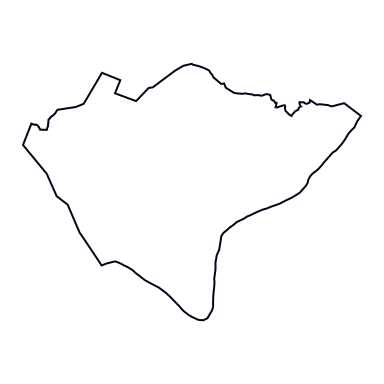 Ihiala, Anambra, Nigeria (Albers equal-area conic projection)
{"feature_id": "59680162B44242102017414", "entity_name": "Ihiala", "entity_type": "district", "adm_level": 2, "iso_a3": "NGA", "parent_name": "Nigeria", "parent_adm1": "Anambra", "projection": "albers", "projection_center": [6.885, 5.839], "detail": "fine", "context": "isolated", "style": "outline", "palette": "ink", "viewbox_px": 384, "rotation_deg": 0, "n_neighbors": 0, "source": "geoboundaries", "source_scale": "gbopen_adm2", "svg_char_len": 2837}
<svg xmlns="http://www.w3.org/2000/svg" viewBox="0 0 384 384"><path d="M191.8,63.8L183.3,65.8L175.0,70.7L168.6,75.5L152.7,87.4L148.7,87.9L136.1,101.1L115.0,93.3L120.3,80.2L102.0,72.8L83.7,103.8L75.8,107.0L57.4,109.8L54.9,113.7L52.4,115.9L51.5,116.6L50.8,116.8L49.8,118.5L48.6,119.4L48.3,121.4L48.4,122.2L48.4,123.2L48.1,123.9L48.0,126.2L47.3,127.7L46.8,129.8L44.5,129.8L40.1,129.6L39.7,128.5L39.0,127.8L39.0,127.2L37.9,125.9L37.2,125.0L36.6,124.9L35.6,124.6L34.4,124.8L33.6,124.4L33.2,124.4L31.4,123.6L23.0,145.0L46.7,173.7L56.7,196.2L67.7,204.7L79.6,232.6L83.9,238.8L101.7,265.5L106.5,263.5L115.0,261.4L117.7,262.2L121.1,263.8L124.6,265.7L127.3,266.9L131.1,269.2L133.4,270.8L135.3,272.8L139.5,275.9L144.4,279.8L147.1,281.4L152.1,284.1L155.0,285.6L159.0,287.7L163.2,290.8L166.2,293.1L167.2,294.1L169.3,295.9L172.7,299.4L175.7,302.5L176.4,303.2L179.5,306.4L181.4,308.8L183.3,310.7L185.6,312.7L186.2,313.1L188.7,315.0L189.2,315.3L192.1,317.0L194.8,318.2L197.9,319.7L200.6,320.1L203.6,320.2L203.9,320.0L207.5,318.2L208.0,317.3L209.9,314.0L212.2,310.1L213.1,306.7L213.1,301.6L213.2,297.3L213.6,291.9L214.1,288.1L214.5,282.2L214.2,278.7L215.0,273.3L215.5,269.1L215.5,262.1L215.8,260.9L216.0,259.6L216.8,255.1L218.5,251.3L219.2,249.7L220.0,244.7L220.8,239.6L221.3,236.1L223.3,233.1L223.6,232.7L224.2,232.3L227.5,229.6L229.5,227.7L233.3,225.0L236.9,221.9L240.5,220.3L241.1,220.0L244.2,218.5L246.9,216.6L250.8,215.0L251.6,214.6L251.9,214.5L255.9,212.5L262.4,209.7L266.7,208.5L271.3,206.6L275.6,205.1L279.8,203.6L282.6,202.1L287.2,199.8L290.7,198.2L293.1,196.9L293.4,196.7L295.9,195.2L296.5,194.8L300.0,192.5L302.0,190.2L303.1,188.9L304.6,187.3L305.5,186.3L307.5,183.2L308.3,179.8L309.7,177.2L310.2,176.3L312.6,173.6L312.8,173.4L313.0,173.2L315.7,171.3L318.8,168.6L321.9,165.1L324.3,162.0L328.1,157.8L332.0,153.3L332.9,152.4L336.0,150.5L341.8,144.0L345.3,139.0L348.5,133.5L350.9,130.8L354.4,127.3L357.1,121.5L360.3,116.9L361.0,116.0L344.2,103.2L331.7,106.4L327.9,105.1L319.8,104.2L317.0,104.7L310.0,100.1L309.5,102.7L306.8,103.8L305.5,103.6L304.6,103.1L303.8,102.3L302.8,102.2L302.1,102.3L300.9,102.3L299.7,102.0L299.4,102.6L299.5,103.9L300.6,106.2L300.8,106.4L300.0,106.5L299.2,107.7L298.4,108.5L298.3,109.7L295.3,111.2L291.7,115.2L291.6,115.9L290.6,115.5L289.1,114.5L285.5,110.8L284.9,108.2L285.3,106.7L284.8,105.3L282.4,105.6L281.3,106.0L277.8,107.2L277.2,107.4L275.6,107.3L275.9,106.3L276.5,102.9L275.5,103.0L274.9,102.4L274.6,101.8L273.8,100.6L272.3,100.2L271.2,99.0L270.4,95.3L269.9,94.8L266.5,94.1L265.0,94.5L262.2,95.6L261.1,95.7L259.0,95.2L255.3,95.1L254.2,95.4L252.6,94.5L249.3,94.1L245.3,93.4L242.4,93.8L236.3,93.3L233.7,92.7L225.8,87.7L224.1,83.5L221.1,83.9L216.8,80.2L213.4,77.4L212.6,75.4L210.5,72.9L209.0,70.4L205.8,68.9L203.2,67.7L198.7,66.1L193.8,64.9L192.7,64.6L191.8,63.8Z" fill="none" stroke="#020617" stroke-width="2"/></svg>